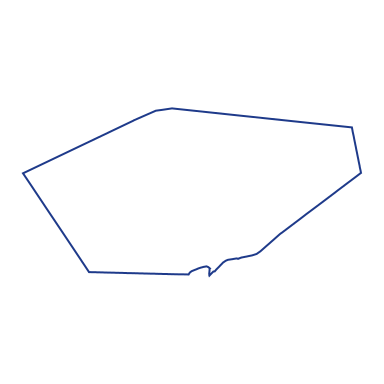 Dar Sa'd, Lahij, Yemen (Mercator projection)
{"feature_id": "15242507B92713589855665", "entity_name": "Dar Sa'd", "entity_type": "district", "adm_level": 2, "iso_a3": "YEM", "parent_name": "Yemen", "parent_adm1": "Lahij", "projection": "mercator", "projection_center": [44.98, 12.915], "detail": "fine", "context": "isolated", "style": "outline", "palette": "blue", "viewbox_px": 384, "rotation_deg": 0, "n_neighbors": 0, "source": "geoboundaries", "source_scale": "gbopen_adm2", "svg_char_len": 3158}
<svg xmlns="http://www.w3.org/2000/svg" viewBox="0 0 384 384"><path d="M351.9,127.4L315.6,123.6L303.2,122.3L253.2,117.0L240.8,115.7L172.0,108.4L161.9,109.9L155.8,110.7L155.6,110.8L147.6,114.3L133.7,120.4L133.5,120.6L122.6,125.8L26.8,171.5L23.0,173.3L29.6,183.1L46.6,208.6L64.1,234.7L81.0,260.0L81.2,260.3L81.3,260.5L81.6,260.9L82.0,261.6L82.3,262.0L82.6,262.5L82.9,262.8L83.1,263.2L83.3,263.5L83.6,263.9L83.9,264.4L84.2,264.8L87.1,269.2L88.7,271.6L89.0,272.1L92.3,272.2L93.3,272.2L93.9,272.2L94.5,272.2L95.7,272.2L96.8,272.3L97.9,272.3L99.1,272.3L100.8,272.4L102.7,272.4L104.2,272.5L105.1,272.5L106.3,272.5L107.7,272.6L109.1,272.6L110.4,272.6L111.8,272.7L113.1,272.7L114.5,272.7L115.9,272.8L116.4,272.8L117.2,272.8L118.6,272.8L119.9,272.9L121.3,272.9L122.7,272.9L124.1,273.0L125.4,273.0L126.4,273.0L126.8,273.1L128.2,273.1L129.5,273.1L130.9,273.1L132.2,273.2L133.1,273.2L133.5,273.2L137.9,273.3L139.7,273.4L141.1,273.4L142.5,273.4L143.9,273.5L145.3,273.5L146.7,273.5L148.0,273.6L149.3,273.6L149.6,273.6L150.6,273.7L151.9,273.7L153.3,273.7L154.7,273.7L156.0,273.8L157.4,273.8L158.8,273.9L160.2,273.9L161.6,273.9L162.9,274.0L163.2,274.0L163.4,274.0L164.3,274.0L166.1,274.0L166.9,274.0L167.4,274.0L167.6,274.1L177.7,274.3L180.0,274.3L186.1,274.4L186.9,274.4L188.6,274.5L188.9,274.0L189.8,272.6L191.6,271.2L195.3,269.7L195.9,269.5L197.1,269.0L197.4,268.8L197.6,268.8L197.8,268.7L198.0,268.6L198.4,268.4L199.4,268.1L200.0,267.9L200.5,267.7L201.3,267.5L201.7,267.4L202.5,267.2L203.4,266.9L203.8,266.9L204.6,266.7L204.9,266.7L206.2,266.4L206.7,266.4L207.3,266.7L207.5,266.8L208.3,267.1L208.5,267.3L208.9,267.6L209.2,267.8L209.8,268.4L209.6,268.5L209.6,269.1L209.6,269.5L209.4,271.9L209.2,273.8L209.3,274.4L209.3,275.1L209.3,275.3L209.4,275.6L211.3,273.6L213.4,271.5L214.7,271.4L215.0,271.0L215.5,270.5L216.1,269.7L217.5,268.3L218.3,267.5L219.6,266.2L220.0,265.7L220.3,265.4L221.7,264.0L223.2,262.4L223.6,262.2L223.8,262.1L224.3,261.7L224.9,261.3L226.0,260.6L228.0,259.8L232.1,259.2L232.9,259.1L233.1,259.0L235.6,258.6L235.9,258.5L236.4,258.5L236.9,258.4L237.5,258.7L237.8,258.8L238.0,258.8L238.3,258.8L238.6,258.6L238.9,258.4L239.1,258.4L239.4,258.3L239.6,258.3L239.9,258.1L240.0,258.0L240.4,257.9L240.9,257.7L241.1,257.7L241.4,257.6L241.5,257.5L242.8,257.3L243.1,257.2L244.3,257.0L244.6,256.9L246.3,256.6L248.6,256.1L249.6,255.9L252.1,255.4L252.7,255.2L256.5,254.0L256.7,253.9L257.7,253.2L258.1,252.9L258.4,252.7L259.7,251.8L260.3,251.4L263.7,248.4L266.4,246.0L269.3,243.5L271.3,241.7L273.6,239.7L274.6,238.8L276.3,237.3L279.9,234.1L281.1,233.2L281.4,233.0L281.6,232.9L303.0,216.7L305.7,214.6L305.8,214.5L309.3,211.9L316.8,206.3L335.6,192.1L337.9,190.3L360.6,173.2L361.0,172.9L360.9,172.6L360.8,172.2L360.8,171.9L360.5,170.3L360.2,169.0L359.9,167.6L359.7,166.7L359.7,166.2L359.5,165.3L359.3,164.4L359.1,163.4L358.8,162.0L358.5,160.5L358.3,159.4L358.0,157.9L357.7,156.5L357.6,155.9L357.4,155.0L357.2,153.9L356.9,152.4L356.6,151.0L356.4,150.1L356.1,148.5L355.8,146.9L355.7,146.4L355.4,145.0L355.1,143.6L355.1,143.2L354.9,142.5L354.7,141.5L354.3,139.5L354.1,138.5L353.7,136.3L352.7,131.8L352.4,130.0L351.9,127.4Z" fill="none" stroke="#1e3a8a" stroke-width="2"/></svg>